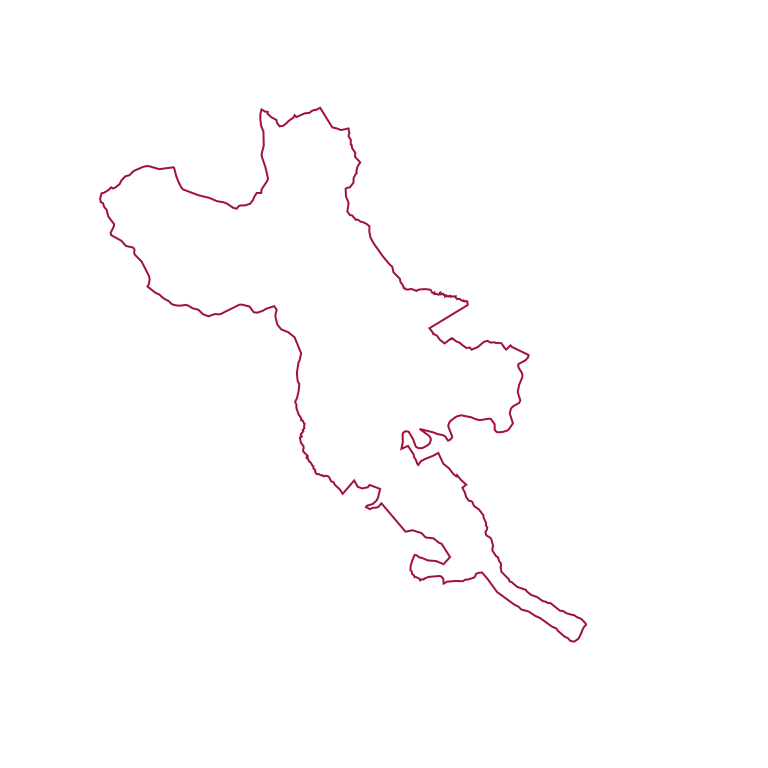 outline of Maierus, Brasov, Romania, rotated 54°
{"feature_id": "2599482B58193518368289", "entity_name": "Maierus", "entity_type": "district", "adm_level": 2, "iso_a3": "ROU", "parent_name": "Romania", "parent_adm1": "Brasov", "projection": "mercator", "projection_center": [25.543, 45.895], "detail": "fine", "context": "isolated", "style": "outline", "palette": "rose", "viewbox_px": 768, "rotation_deg": 54, "n_neighbors": 0, "source": "geoboundaries", "source_scale": "gbopen_adm2", "svg_char_len": 6132}
<svg xmlns="http://www.w3.org/2000/svg" viewBox="0 0 768 768"><g transform="rotate(54 384 384)"><path d="M697.6,362.1L696.0,361.6L690.1,362.5L685.7,365.1L682.5,366.1L681.2,367.7L676.4,371.3L672.8,372.6L670.9,374.9L659.1,378.1L657.5,380.2L655.6,380.8L652.9,383.2L646.5,385.3L641.0,389.0L635.7,390.4L634.1,390.2L626.3,395.6L619.2,397.2L617.5,398.5L615.7,397.8L604.9,399.4L600.6,397.3L600.1,396.3L597.9,394.9L594.7,394.9L591.0,393.6L589.2,394.5L582.6,394.2L580.3,392.7L579.4,391.0L572.6,388.4L571.1,388.3L566.5,390.2L563.5,389.1L562.1,386.0L560.8,384.8L558.4,384.7L556.7,383.2L550.8,382.0L548.6,380.8L541.3,380.9L535.7,382.9L531.2,381.9L529.9,382.4L528.3,384.0L523.7,383.9L519.0,382.3L514.0,381.6L513.8,376.6L506.9,378.1L500.6,378.5L501.3,379.7L497.5,380.8L490.3,381.0L483.5,382.9L471.7,380.6L471.0,386.1L468.6,395.9L468.1,399.8L469.7,403.8L468.1,404.0L464.1,402.8L461.0,402.6L458.3,401.4L448.2,401.0L446.7,408.0L442.0,402.9L435.6,398.5L434.6,396.7L435.0,394.1L437.1,392.1L445.8,392.9L453.2,395.1L456.1,393.9L458.3,390.8L459.2,385.5L459.0,382.0L456.7,378.8L454.4,378.0L451.8,378.2L441.3,381.6L452.2,372.5L456.0,370.1L459.9,366.5L462.3,365.3L467.4,365.5L468.0,363.9L467.4,360.6L466.6,359.7L457.0,357.2L455.3,356.4L453.6,353.9L453.0,352.1L452.8,346.6L453.1,344.0L454.6,340.0L462.2,333.0L466.4,330.5L469.6,327.7L473.9,319.1L475.2,318.1L481.5,318.1L486.2,321.4L489.0,321.1L490.7,319.3L492.7,315.8L494.0,312.2L494.1,309.7L491.6,302.8L481.8,299.6L478.8,296.2L478.1,294.3L478.0,291.5L478.8,285.9L477.4,283.4L469.0,280.5L464.1,275.1L460.0,268.5L458.4,266.9L456.3,266.0L450.0,265.5L447.4,264.3L446.9,263.3L448.0,255.5L447.1,251.7L445.5,250.0L429.5,258.6L427.1,259.0L428.0,264.8L425.9,265.3L420.2,265.0L418.3,266.7L416.6,269.5L415.3,270.0L413.0,273.6L409.8,274.9L408.7,278.4L409.2,286.7L407.7,292.9L405.0,293.1L403.2,296.2L397.8,298.0L395.7,298.2L391.6,300.7L387.4,301.7L387.4,303.0L386.6,303.1L386.8,311.2L381.1,312.8L376.2,312.7L372.3,314.8L372.0,314.3L365.6,314.4L369.3,269.9L366.3,268.1L365.5,268.4L364.9,269.9L363.2,270.4L363.3,271.5L359.3,273.0L358.2,275.0L355.9,275.2L355.2,274.4L353.4,277.3L352.3,278.1L352.5,278.7L351.5,278.6L351.3,280.2L350.5,280.4L350.1,281.6L349.2,281.5L349.1,283.1L348.1,282.4L347.2,283.3L345.9,283.0L345.0,285.2L343.2,284.4L343.0,285.5L343.8,286.1L344.0,287.3L341.6,288.9L341.1,290.2L339.6,289.4L339.4,290.8L338.4,291.3L335.1,291.0L331.5,294.8L328.8,299.1L327.7,301.4L327.9,303.0L324.1,305.3L322.7,306.8L321.7,309.1L319.9,311.0L319.0,310.7L318.2,311.6L315.5,310.8L311.0,310.7L308.1,309.3L299.1,310.7L294.0,308.4L290.3,309.2L280.0,309.9L264.4,309.7L257.8,308.9L252.1,306.3L247.9,303.1L244.3,304.0L240.6,305.9L239.1,307.4L235.5,308.7L234.7,310.3L228.8,310.7L227.3,312.3L222.9,312.3L218.0,307.3L215.8,305.9L210.1,304.6L203.5,300.3L203.5,299.0L204.8,295.9L203.2,290.4L199.5,287.5L197.7,283.9L197.4,282.1L195.8,281.4L192.8,278.1L190.7,273.0L183.1,273.9L180.0,271.3L174.6,271.2L171.5,269.7L170.5,270.1L167.1,267.4L163.1,267.1L161.4,265.8L160.9,264.7L156.4,262.5L153.3,269.5L149.2,272.2L146.0,275.0L123.0,273.3L122.3,278.2L121.7,278.5L120.6,282.0L120.9,284.6L118.4,289.2L116.5,298.0L114.1,298.3L115.2,300.6L115.1,306.6L115.7,309.7L115.8,313.9L114.2,317.0L110.2,317.1L107.0,315.9L102.1,318.3L97.0,319.4L95.5,318.1L93.8,320.1L89.9,321.7L93.1,325.5L97.1,328.4L102.7,331.6L109.0,333.2L120.5,341.2L126.1,348.0L128.5,349.3L138.4,352.3L149.6,357.0L151.2,359.5L154.7,368.9L157.3,371.0L154.6,374.7L156.3,378.8L158.1,381.7L159.5,386.4L157.8,391.5L155.1,395.3L154.8,396.9L155.5,400.2L152.7,402.5L145.8,405.0L142.5,407.1L138.1,411.5L130.8,415.9L122.3,423.1L108.5,432.2L106.2,432.5L99.8,431.5L94.0,430.0L85.9,426.8L84.9,427.0L78.1,439.5L69.4,446.3L67.9,448.4L66.7,451.5L64.5,461.3L65.5,467.3L63.9,471.0L65.0,476.9L66.9,480.4L67.1,486.0L66.4,488.4L64.6,489.1L65.1,493.0L64.7,498.2L63.7,500.4L67.2,504.7L70.4,506.2L72.6,505.1L76.3,506.3L80.0,506.0L86.4,508.6L95.8,508.4L97.5,509.6L101.1,516.4L103.3,517.2L113.7,512.3L120.7,511.6L126.2,506.7L128.6,506.8L130.8,508.9L132.8,509.6L142.3,508.1L158.2,510.6L161.7,512.1L165.0,515.6L166.1,518.0L175.6,515.4L179.3,513.3L185.1,512.0L190.8,509.3L193.9,509.0L195.7,508.1L198.8,505.4L201.1,502.4L203.5,497.9L205.2,496.5L210.2,494.3L214.9,490.5L221.0,489.5L226.1,486.2L227.8,480.0L230.4,477.0L231.4,474.9L234.8,454.6L236.3,452.2L242.4,447.2L248.8,447.3L250.0,446.7L251.9,444.4L253.6,438.7L253.8,435.3L256.5,427.1L260.9,427.2L263.5,430.5L266.1,432.5L273.5,435.4L279.5,435.0L285.8,431.0L293.7,428.9L310.5,433.0L315.3,438.4L316.2,440.4L324.2,448.3L331.3,452.3L334.2,452.5L339.3,456.9L344.4,462.9L346.2,466.4L349.2,467.0L352.0,469.0L358.2,470.9L362.7,471.1L364.7,472.2L364.9,471.5L366.5,471.3L368.3,471.9L369.6,471.6L371.3,473.7L372.9,474.3L373.5,476.9L374.9,477.1L375.7,480.7L376.3,481.3L378.1,481.3L378.3,481.7L377.8,483.4L378.2,483.7L382.9,485.8L387.1,485.7L389.1,487.1L389.6,488.2L391.3,489.0L397.6,488.0L398.4,488.9L397.8,489.7L398.1,490.1L400.9,489.5L402.1,490.1L404.7,489.5L408.2,489.9L408.9,489.4L411.0,490.8L412.8,490.1L415.1,491.4L417.2,491.5L418.7,489.6L420.6,488.9L421.5,487.5L423.1,487.3L423.6,485.7L425.5,483.6L427.6,483.2L431.6,484.0L433.6,482.6L436.8,483.0L442.7,481.8L448.6,482.0L444.5,464.8L451.7,465.7L455.7,463.0L458.0,457.9L457.2,455.0L466.6,448.8L472.5,455.7L473.9,458.6L474.5,463.6L472.4,469.5L472.9,470.9L476.9,469.0L477.7,465.7L479.6,462.6L480.1,460.7L479.0,456.2L516.1,453.4L519.1,446.9L526.7,441.3L532.6,440.5L538.1,434.6L544.6,432.9L547.2,431.3L562.8,432.3L564.8,441.7L557.8,446.0L552.5,452.2L546.4,455.9L545.3,457.3L541.7,458.3L540.3,459.7L543.6,465.2L547.1,469.7L550.2,472.0L551.6,471.7L554.4,472.9L556.4,472.2L558.3,472.8L559.0,471.6L562.3,469.9L564.1,470.1L563.7,468.9L565.5,467.0L565.1,465.9L566.3,461.3L572.1,451.7L573.7,450.7L576.3,450.5L580.5,453.1L581.0,449.2L585.3,442.0L589.9,436.1L590.1,433.0L591.4,431.5L593.5,425.1L593.4,423.8L591.7,421.0L592.3,418.7L594.1,415.5L602.4,414.8L618.7,414.8L639.5,408.1L643.1,406.1L647.1,405.5L653.1,400.7L660.6,397.9L665.3,395.2L678.8,390.8L683.0,388.4L685.9,388.4L694.8,386.3L697.5,384.7L701.3,384.2L704.3,381.6L704.3,376.2L701.8,371.3L699.2,367.4L698.1,365.0L697.6,362.1Z" fill="none" stroke="#9f1239" stroke-width="2"/></g></svg>